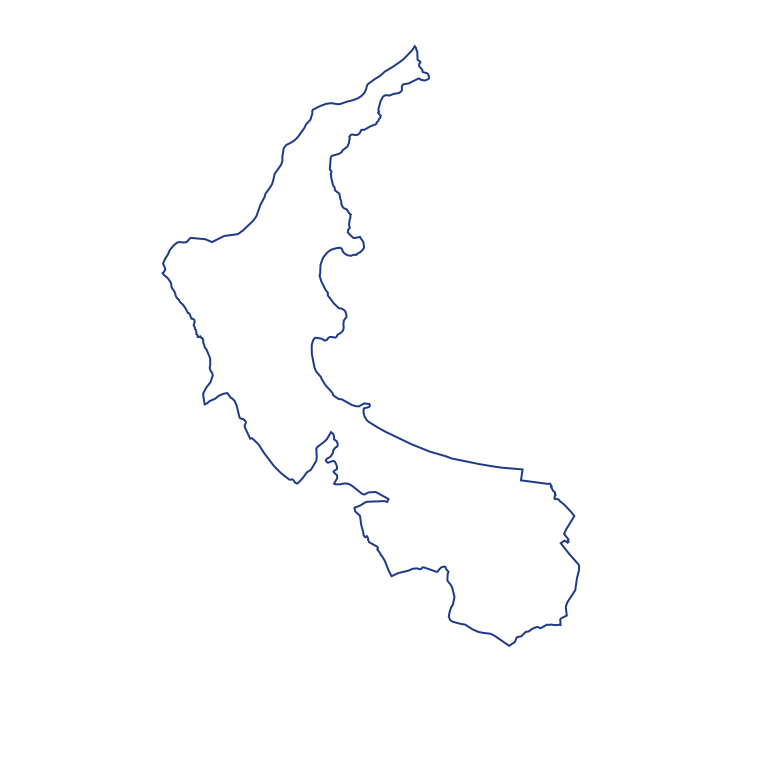 Lien Chieu, Đà Nẵng, Vietnam, rotated 335°
{"feature_id": "81297802B84719552891507", "entity_name": "Lien Chieu", "entity_type": "district", "adm_level": 2, "iso_a3": "VNM", "parent_name": "Vietnam", "parent_adm1": "Đà Nẵng", "projection": "albers", "projection_center": [108.134, 16.122], "detail": "fine", "context": "isolated", "style": "outline", "palette": "blue", "viewbox_px": 768, "rotation_deg": 335, "n_neighbors": 0, "source": "geoboundaries", "source_scale": "gbopen_adm2", "svg_char_len": 6147}
<svg xmlns="http://www.w3.org/2000/svg" viewBox="0 0 768 768"><g transform="rotate(335 384 384)"><path d="M500.7,584.1L499.6,579.4L496.5,569.9L493.8,564.2L493.5,562.6L491.6,560.8L490.3,560.5L490.2,559.3L492.0,557.0L492.6,557.0L492.5,555.8L493.2,554.5L492.2,552.6L491.9,547.8L492.6,547.8L492.5,544.6L490.5,543.9L467.4,529.2L473.5,520.0L455.2,509.5L448.2,504.9L436.7,497.0L414.0,480.2L409.8,475.9L397.0,464.7L383.6,450.4L364.9,427.6L359.5,420.1L353.9,411.5L353.1,409.5L352.6,405.1L353.4,401.0L355.4,397.6L360.5,398.5L361.4,398.2L362.2,397.5L362.2,395.9L357.8,393.2L351.8,393.7L348.8,392.0L345.9,389.3L339.3,380.1L336.5,378.4L333.2,372.7L333.5,370.5L333.2,369.0L330.5,360.7L329.6,353.1L329.8,351.1L327.8,344.0L327.9,339.8L331.3,326.3L334.2,319.7L335.4,317.6L338.2,314.4L340.7,313.1L341.8,313.3L346.4,316.4L348.9,319.8L351.1,319.8L352.9,318.7L354.3,318.5L356.4,319.2L359.5,321.4L360.5,321.4L362.7,319.8L367.1,319.3L369.4,318.2L371.1,316.3L372.5,312.6L374.4,309.5L378.3,307.4L379.2,305.2L379.6,301.6L378.7,299.4L377.3,297.6L375.1,296.2L372.8,290.3L370.5,280.0L371.7,277.5L370.8,274.0L370.6,264.2L371.4,258.6L372.8,257.0L376.7,249.4L380.4,245.4L382.5,243.6L387.1,241.3L390.2,240.3L393.1,240.0L395.4,240.3L399.2,241.0L402.1,242.2L402.9,243.7L402.7,246.4L403.2,248.7L405.1,251.7L408.3,253.9L410.5,253.9L413.5,255.3L414.2,254.7L418.5,254.4L421.6,253.3L423.7,251.9L425.3,246.4L424.4,241.6L424.5,240.6L418.7,239.2L417.9,238.5L415.7,233.0L415.4,231.2L416.7,229.0L418.9,228.1L419.7,224.6L422.4,220.5L423.9,219.0L424.7,217.0L425.6,216.4L424.5,214.2L424.1,210.0L422.0,207.9L421.3,205.5L421.5,202.5L422.5,200.4L422.6,198.1L423.9,192.6L421.5,187.9L422.3,184.7L421.8,182.7L423.4,174.4L424.3,172.6L424.2,171.5L426.1,169.6L426.1,168.3L425.5,166.8L431.2,156.6L432.6,155.3L433.4,155.2L440.4,156.4L442.1,156.2L443.7,155.9L445.4,154.6L450.9,153.5L453.8,151.1L456.1,147.5L456.7,147.3L457.1,145.2L459.3,144.2L461.0,144.6L463.3,146.4L465.6,147.0L468.1,146.3L471.0,144.1L473.6,145.3L480.9,144.7L485.2,145.1L487.1,144.9L488.1,143.8L490.3,143.0L491.2,141.9L493.4,141.0L493.8,139.9L494.4,139.5L493.3,136.0L493.4,135.6L494.6,135.2L494.5,133.9L495.5,132.0L500.5,126.2L503.8,123.6L505.2,123.0L507.6,122.9L510.8,124.9L515.0,125.1L520.3,126.5L521.5,126.4L523.0,126.2L524.4,125.3L526.1,121.6L527.9,120.5L533.5,122.0L544.4,121.7L545.4,122.5L545.8,123.7L549.0,126.1L551.3,126.4L553.8,126.1L554.7,125.0L554.6,124.0L555.0,123.1L554.5,120.7L550.9,117.6L551.5,115.6L550.3,111.0L550.9,108.9L553.0,107.9L553.0,106.8L551.5,104.7L551.6,103.9L554.8,96.5L554.5,94.7L555.1,93.2L554.6,90.9L550.5,93.5L539.1,97.8L535.4,98.7L525.0,100.4L516.7,101.2L510.7,103.1L504.9,103.7L496.3,105.4L494.7,106.3L492.8,108.8L489.3,111.9L484.9,113.5L480.8,114.0L475.4,113.6L469.9,112.5L462.4,111.7L460.1,110.7L454.7,107.1L449.8,105.6L443.3,105.1L435.4,105.4L434.5,106.0L433.3,108.6L429.1,113.3L423.1,115.8L420.2,118.2L410.5,123.7L406.1,125.3L402.4,125.9L396.3,126.1L392.9,127.8L387.9,135.1L386.2,138.9L383.3,141.9L373.6,147.4L369.8,152.5L366.8,155.7L363.5,157.9L356.6,161.7L355.6,163.4L347.6,169.5L339.4,177.9L335.0,180.5L321.3,185.2L314.8,186.4L301.7,182.3L288.1,182.7L283.3,177.3L270.6,169.9L269.5,170.0L265.8,171.8L264.6,171.9L262.2,171.1L258.3,168.7L256.0,168.5L252.2,169.4L246.5,172.1L243.0,175.2L238.7,177.9L234.9,181.2L234.5,182.5L234.6,186.0L234.1,187.9L231.9,189.4L230.2,189.9L230.8,192.6L232.5,195.9L233.5,200.4L233.6,202.7L232.3,206.8L233.1,211.6L233.0,214.1L232.5,215.4L232.7,218.6L233.7,221.2L233.8,223.7L235.3,227.1L236.2,232.3L236.2,236.4L237.4,238.0L237.1,243.2L237.4,243.8L238.3,244.0L239.1,245.6L238.6,247.8L236.3,250.4L236.5,252.6L235.9,254.3L236.4,255.8L235.7,258.2L235.0,259.5L235.8,260.9L235.0,262.6L235.9,263.3L237.7,263.2L238.0,265.2L238.9,266.0L238.5,266.9L238.7,268.1L237.6,270.0L237.6,272.5L237.0,274.8L237.7,277.7L237.3,287.2L234.8,292.9L232.8,295.8L232.4,298.6L232.9,301.4L232.5,303.8L227.5,309.1L222.0,311.8L216.7,315.6L215.9,316.6L214.8,319.7L212.9,326.7L215.2,326.8L218.8,325.8L224.4,326.0L229.7,324.8L234.8,325.1L238.2,326.0L239.4,332.0L240.2,332.8L241.5,336.3L241.3,341.3L238.9,353.4L239.4,354.6L241.8,356.5L242.8,359.6L242.5,360.7L240.0,362.8L239.6,364.4L239.6,377.0L241.1,377.2L241.9,378.1L244.9,386.1L246.1,395.7L248.7,407.8L249.7,412.2L253.0,421.3L257.7,430.5L258.3,431.0L260.5,431.6L261.1,432.4L261.9,436.1L263.2,437.5L265.1,437.2L270.9,434.8L276.7,431.5L281.4,430.9L289.3,425.6L290.4,424.7L292.1,421.9L295.4,413.9L297.0,412.9L304.2,411.4L308.9,409.9L315.6,405.2L316.8,407.6L316.7,410.0L315.4,413.2L316.9,415.8L316.8,418.2L316.5,419.3L315.3,420.9L313.1,421.1L310.2,422.4L308.5,424.9L304.5,427.4L300.4,427.6L299.0,428.6L299.2,430.7L300.0,431.7L304.6,432.1L306.1,432.7L306.6,433.5L306.7,436.4L306.5,438.8L305.5,441.2L301.4,441.8L301.1,442.9L302.8,446.5L302.5,448.1L301.7,449.6L296.6,453.3L297.9,454.6L301.4,456.2L306.3,457.5L309.5,459.3L312.0,462.7L317.6,474.1L319.3,475.8L324.4,475.8L330.9,478.4L339.5,490.2L337.0,492.2L334.7,490.2L318.9,483.6L317.7,483.3L310.7,484.1L304.8,483.7L304.1,487.6L306.4,492.9L306.4,493.9L303.9,501.7L302.7,508.8L301.6,512.8L302.4,515.0L304.2,514.7L304.4,517.2L303.7,518.6L303.6,521.0L309.1,528.6L309.2,530.3L308.0,531.0L309.0,536.0L308.8,537.7L309.4,539.0L310.0,544.8L309.4,554.5L309.6,561.4L317.0,561.4L327.5,563.5L332.0,563.6L335.7,564.9L338.5,567.2L339.8,567.3L341.2,566.5L342.7,567.1L352.3,576.5L353.5,576.6L355.9,575.3L358.8,574.3L361.5,575.0L362.2,575.5L362.2,578.6L363.1,581.4L361.4,583.2L358.7,588.2L358.4,589.5L359.5,593.6L359.8,597.1L357.9,606.7L353.1,613.2L350.1,615.1L346.7,618.9L344.4,622.2L344.2,626.1L345.6,628.3L351.7,633.5L356.0,636.5L360.4,643.6L364.7,648.5L368.4,651.3L375.2,655.5L378.0,659.2L386.8,674.2L393.6,673.1L397.2,669.8L398.5,669.8L401.5,670.7L407.7,668.6L410.6,669.4L414.5,668.6L417.0,668.5L420.1,669.0L421.1,669.6L422.2,671.2L423.2,671.5L430.1,671.0L431.5,672.0L433.7,672.6L436.9,674.7L441.0,676.3L442.1,677.1L444.3,671.8L445.7,671.2L451.8,671.1L454.4,663.1L455.9,661.3L457.8,659.4L470.2,651.7L476.7,641.7L481.7,635.6L483.8,631.9L484.1,630.0L480.3,617.3L476.9,603.0L481.6,602.3L483.4,605.4L484.7,604.9L484.6,603.5L485.5,602.8L483.8,596.0L487.6,592.8L500.7,584.1Z" fill="none" stroke="#1e3a8a" stroke-width="2"/></g></svg>